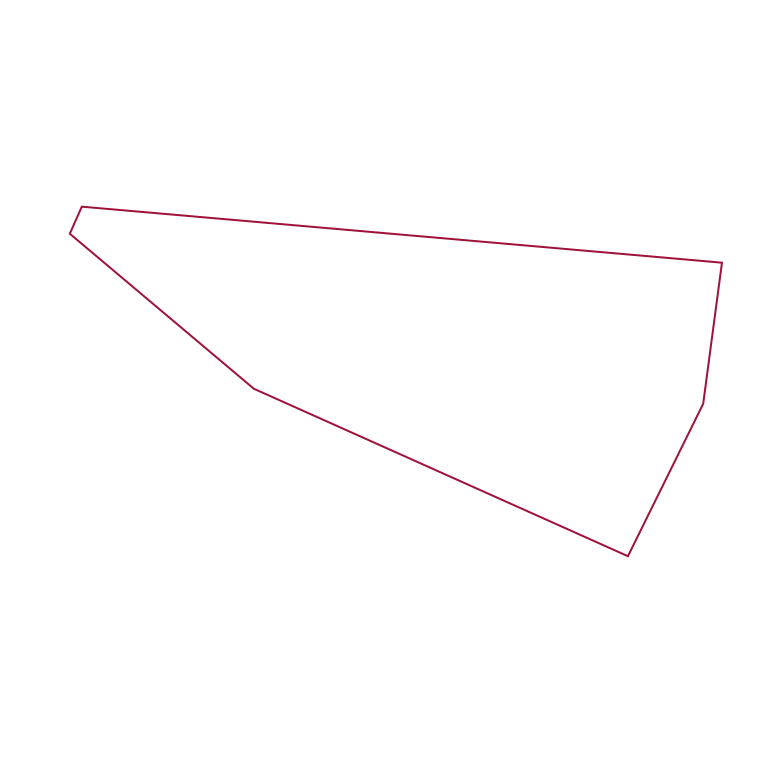 an SVG outline of Sint Maarten, rotated 5°
{"feature_id": "SXM", "entity_name": "Sint Maarten", "entity_type": "country or territory", "adm_level": 0, "iso_a3": "SXM", "parent_name": "North America", "parent_adm1": "", "projection": "orthographic", "projection_center": [-63.073, 18.044], "detail": "fine", "context": "isolated", "style": "outline", "palette": "rose", "viewbox_px": 768, "rotation_deg": 5, "n_neighbors": 0, "source": "natural_earth", "source_scale": "50m", "svg_char_len": 245}
<svg xmlns="http://www.w3.org/2000/svg" viewBox="0 0 768 768"><g transform="rotate(5 384 384)"><path d="M67.5,233.7L710.1,233.7L703.7,375.9L642.0,534.3L254.8,400.1L57.9,261.7L67.5,233.7Z" fill="none" stroke="#9f1239" stroke-width="2"/></g></svg>